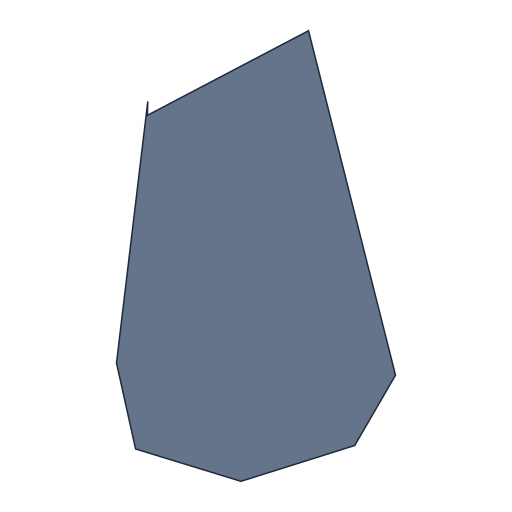 outline of Saint Mark
{"feature_id": "DMA-1438", "entity_name": "Saint Mark", "entity_type": "Parish", "adm_level": 1, "iso_a3": "DMA", "parent_name": "Dominica", "parent_adm1": "", "projection": "robinson", "projection_center": [-61.362, 15.223], "detail": "fine", "context": "isolated", "style": "filled", "palette": "slate", "viewbox_px": 512, "rotation_deg": 0, "n_neighbors": 0, "source": "natural_earth", "source_scale": "10m", "svg_char_len": 239}
<svg xmlns="http://www.w3.org/2000/svg" viewBox="0 0 512 512"><path d="M395.5,375.2L354.7,445.5L240.9,481.3L135.6,449.0L116.5,363.0L147.8,101.4L147.4,115.3L308.5,30.7L395.5,375.2Z" fill="#64748b" stroke="#1e293b" stroke-width="1.5"/></svg>